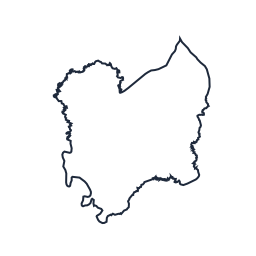 the district of Na Thom, Nakhon Phanom, Thailand, rotated 12°
{"feature_id": "78962969B75558951633427", "entity_name": "Na Thom", "entity_type": "district", "adm_level": 2, "iso_a3": "THA", "parent_name": "Thailand", "parent_adm1": "Nakhon Phanom", "projection": "robinson", "projection_center": [104.092, 17.839], "detail": "fine", "context": "isolated", "style": "outline", "palette": "slate", "viewbox_px": 256, "rotation_deg": 12, "n_neighbors": 0, "source": "geoboundaries", "source_scale": "gbopen_adm2", "svg_char_len": 5773}
<svg xmlns="http://www.w3.org/2000/svg" viewBox="0 0 256 256"><g transform="rotate(12 128 128)"><path d="M110.9,211.2L111.5,210.6L113.2,210.8L115.1,212.2L118.7,212.7L120.1,214.0L118.7,217.6L115.8,220.4L115.7,221.1L117.9,224.1L119.5,225.4L122.7,226.3L124.5,225.8L126.5,224.2L126.0,220.3L126.5,218.4L129.2,216.3L129.8,216.7L131.0,215.0L133.3,215.6L136.5,213.9L137.8,213.8L138.3,213.0L139.2,213.5L141.3,209.6L143.8,207.9L144.1,206.9L145.2,205.4L144.7,201.9L143.3,199.6L144.1,197.6L144.0,196.7L146.0,192.8L147.0,192.4L146.8,191.6L147.4,189.5L148.8,188.8L149.2,187.9L150.7,187.7L150.7,186.8L149.7,184.6L151.4,184.6L152.1,183.2L153.0,182.9L152.9,180.8L154.4,180.0L155.2,178.4L155.3,177.5L162.2,173.3L162.6,172.5L163.7,172.8L163.9,172.2L163.2,171.7L164.4,171.1L165.1,169.9L165.5,171.1L166.0,170.2L166.4,170.5L166.7,172.5L167.6,172.4L168.1,170.9L169.1,171.2L169.6,170.6L169.9,171.0L169.8,172.0L170.6,171.2L171.5,171.4L171.4,170.6L172.2,170.8L172.6,171.6L173.4,171.3L173.4,170.6L174.7,170.2L175.1,170.6L174.8,171.6L175.8,171.6L175.6,170.7L176.5,170.4L177.0,170.8L177.3,169.0L177.7,169.3L178.5,169.0L178.4,170.2L178.6,170.3L179.5,167.5L180.3,166.7L180.1,166.2L180.6,166.6L180.7,167.3L181.3,167.7L181.7,167.6L181.2,166.9L181.7,166.7L182.8,168.3L183.6,167.9L184.3,168.2L185.3,167.9L185.3,169.1L184.7,170.6L184.8,171.2L186.2,171.3L186.8,170.5L187.6,170.5L188.8,168.8L189.7,169.5L190.4,171.7L191.4,172.2L194.0,172.3L197.7,170.0L205.0,164.3L206.2,162.8L207.3,160.6L207.4,159.1L205.8,156.4L205.2,154.6L203.6,153.7L203.2,152.9L202.9,153.6L202.4,153.5L202.6,152.8L201.9,153.5L201.8,152.9L200.4,152.0L200.4,151.1L200.7,150.6L200.3,149.8L200.7,149.5L199.6,149.2L199.8,149.1L199.3,148.4L200.0,147.2L200.3,147.3L200.2,146.8L201.5,145.7L201.6,144.4L200.9,143.2L201.5,142.7L201.1,142.3L201.3,141.9L201.0,140.6L200.0,140.5L199.4,139.4L197.9,138.8L198.0,138.3L197.4,138.5L197.6,137.8L196.6,137.3L196.3,136.6L196.6,136.1L196.2,136.2L196.8,135.5L196.6,134.9L195.8,133.9L195.5,134.6L195.0,134.7L195.3,134.2L194.8,134.1L195.1,133.4L194.6,133.4L194.6,132.4L193.8,132.8L194.0,132.1L193.3,131.2L193.6,129.3L195.3,129.1L195.3,128.7L195.9,128.8L195.6,127.9L197.1,128.2L197.9,127.3L197.6,126.8L198.2,125.9L198.1,125.2L199.2,124.5L198.6,123.1L200.1,121.5L199.5,120.5L199.3,119.3L199.0,119.4L198.9,118.6L198.5,118.6L197.8,117.5L198.2,115.6L198.0,112.9L198.7,111.8L198.8,110.2L196.5,105.6L196.0,105.5L195.1,103.9L193.6,102.4L193.4,101.5L195.0,100.2L196.6,100.0L197.1,99.6L198.5,99.7L199.5,99.2L199.1,97.7L197.4,97.2L197.1,96.3L197.5,96.0L197.4,94.9L198.0,94.6L198.7,93.0L200.5,92.3L200.6,91.6L201.5,90.7L201.7,89.6L202.1,89.5L201.3,88.6L201.3,88.0L199.2,86.4L198.9,85.0L198.3,84.8L198.1,84.3L198.0,83.4L198.4,83.0L197.7,81.5L198.8,78.1L199.3,70.8L197.3,62.7L192.9,54.2L190.3,51.4L185.4,48.9L181.6,46.3L180.1,44.7L173.5,41.0L169.9,37.4L163.0,32.8L160.3,29.7L160.6,31.9L158.5,36.4L158.0,38.3L158.3,40.7L157.9,43.1L155.7,46.9L152.5,58.8L145.6,64.1L142.3,65.7L138.7,66.9L135.9,69.3L133.7,71.5L120.1,88.6L116.8,92.4L114.6,94.3L113.0,95.2L112.5,94.8L112.2,93.7L112.8,94.1L113.3,93.6L112.9,93.0L113.4,92.5L113.5,91.7L111.3,90.9L111.5,90.2L110.9,90.4L109.6,88.6L109.7,88.3L110.6,88.9L111.3,88.3L111.0,86.1L111.4,85.3L110.7,84.8L110.7,83.7L113.1,81.9L112.7,81.3L112.9,80.5L112.5,79.5L111.6,79.4L110.5,80.6L107.7,80.6L106.5,79.6L107.0,78.5L106.0,76.1L108.0,75.4L107.6,73.9L107.0,73.5L105.7,74.6L105.5,73.2L104.2,71.9L103.0,72.9L100.5,72.8L98.9,71.2L98.0,69.2L97.2,68.6L97.2,69.1L96.7,68.9L96.7,70.3L94.9,70.8L94.9,70.4L94.1,70.6L92.5,69.7L89.2,70.2L87.7,69.0L86.6,69.0L84.8,68.3L82.7,69.4L82.1,70.3L81.6,72.4L80.8,72.6L80.0,72.2L79.2,73.4L78.8,73.3L78.5,74.2L77.0,74.3L76.9,73.7L76.5,73.7L76.5,74.5L76.0,74.7L76.7,75.7L75.7,75.9L75.3,76.5L73.2,76.4L73.0,76.8L73.7,77.6L73.0,77.7L73.2,77.9L72.3,78.4L72.2,78.9L72.5,79.5L73.1,79.3L73.3,80.7L72.6,81.9L72.1,81.8L71.5,82.7L69.8,83.4L69.0,83.0L69.0,83.6L67.9,83.3L67.7,83.8L67.0,83.4L65.3,84.1L65.2,83.7L63.8,83.5L62.8,84.1L61.3,83.4L61.5,82.6L60.8,82.8L60.7,82.4L59.7,83.0L59.4,83.7L60.3,83.8L59.8,84.6L60.6,84.8L60.8,84.4L61.1,85.5L60.7,85.9L60.3,85.5L59.9,86.7L59.0,86.4L58.0,87.1L57.6,87.9L57.0,88.0L57.3,90.1L57.7,90.5L57.5,91.2L58.0,91.6L57.7,92.0L57.3,91.9L57.5,92.5L56.8,92.1L56.3,92.3L56.6,94.0L56.0,94.4L56.1,94.8L55.2,95.5L54.7,97.1L54.1,97.4L54.6,98.6L53.8,99.1L52.0,98.2L50.7,99.4L50.6,100.6L51.0,101.2L51.8,100.6L53.7,100.7L52.3,102.5L51.9,102.4L51.7,101.6L51.3,101.6L51.0,103.4L51.6,104.4L53.8,106.2L53.0,106.7L52.7,105.7L51.8,105.0L50.3,105.5L52.4,109.4L51.8,110.2L50.5,109.8L50.1,110.0L48.6,111.5L48.8,112.3L49.5,113.0L50.6,113.1L50.7,111.7L51.0,111.5L52.1,113.8L54.7,116.1L57.2,115.5L58.1,117.7L59.8,117.9L61.6,120.2L63.3,119.5L64.0,120.9L63.2,121.0L62.8,121.8L61.8,121.3L61.3,121.5L62.5,122.5L61.5,122.9L61.3,123.4L62.5,124.0L62.1,124.3L61.8,125.4L60.5,125.5L60.4,126.1L61.4,127.3L64.4,128.0L64.1,130.1L64.5,130.8L65.4,131.2L65.2,131.7L65.5,132.9L68.9,133.3L68.9,133.7L67.9,134.1L67.6,134.7L71.7,135.4L70.7,136.7L71.8,137.5L69.8,138.9L70.2,139.6L71.0,139.9L71.6,141.5L72.5,141.8L72.7,142.3L72.0,144.0L70.0,144.6L69.0,145.6L68.9,146.2L69.2,146.4L71.2,145.3L72.5,145.8L72.0,147.3L73.0,147.6L71.8,149.8L71.0,149.1L70.7,149.3L70.6,151.2L71.0,151.8L74.6,152.5L75.0,155.2L77.1,159.5L77.5,162.9L77.0,163.9L76.0,164.4L70.7,164.3L69.6,165.7L69.3,167.7L70.3,170.3L72.6,173.5L72.7,179.1L75.5,182.2L77.1,185.3L78.8,194.1L79.6,196.0L80.6,197.1L81.7,197.5L82.7,197.4L83.4,196.6L83.3,193.6L83.8,191.0L83.2,188.2L83.8,187.3L90.9,186.6L96.7,189.3L99.2,191.1L103.7,196.2L105.0,198.2L105.3,199.7L105.2,201.8L104.4,203.0L103.0,203.8L99.8,203.8L98.6,204.4L99.1,208.1L98.3,211.4L98.8,213.1L99.6,213.8L100.3,213.9L102.1,212.7L104.2,212.1L105.7,210.9L106.9,209.2L107.2,205.4L107.7,204.7L109.5,205.5L109.9,209.0L110.9,211.2Z" fill="none" stroke="#1e293b" stroke-width="2"/></g></svg>